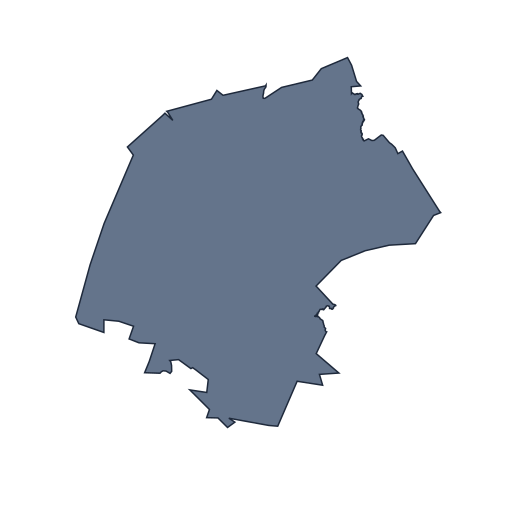 Rodeo, Durango, Mexico (orthographic projection), rotated 256°
{"feature_id": "50627088B73828506839390", "entity_name": "Rodeo", "entity_type": "district", "adm_level": 2, "iso_a3": "MEX", "parent_name": "Mexico", "parent_adm1": "Durango", "projection": "orthographic", "projection_center": [-104.523, 25.192], "detail": "fine", "context": "isolated", "style": "filled", "palette": "slate", "viewbox_px": 512, "rotation_deg": 256, "n_neighbors": 0, "source": "geoboundaries", "source_scale": "gbopen_adm2", "svg_char_len": 5418}
<svg xmlns="http://www.w3.org/2000/svg" viewBox="0 0 512 512"><g transform="rotate(256 256 256)"><path d="M255.3,444.8L302.8,429.0L322.4,423.5L321.0,418.4L327.2,417.3L328.3,416.7L331.7,414.6L333.6,412.9L342.3,408.6L343.1,406.8L339.6,398.7L340.0,396.4L342.5,393.5L341.5,388.7L342.0,388.4L342.5,388.3L342.6,388.0L342.9,387.9L343.2,388.1L343.4,388.3L343.8,387.7L344.0,387.6L344.8,387.8L345.1,387.7L345.6,387.4L346.1,387.4L346.4,387.3L346.6,387.3L347.0,387.4L347.3,387.6L347.6,387.8L347.6,388.1L347.8,388.3L348.0,388.4L348.3,388.4L348.6,388.3L348.8,388.4L348.9,388.5L349.0,388.6L349.3,388.6L349.5,388.5L349.7,388.1L349.8,388.0L350.1,388.1L350.3,387.9L350.2,387.9L350.3,387.7L350.7,387.8L351.1,388.1L351.4,387.9L351.5,387.9L351.9,388.3L352.0,388.4L352.3,388.4L352.5,388.3L352.9,388.0L353.2,388.0L353.4,388.1L353.5,388.2L353.9,388.3L354.2,388.6L354.3,388.6L354.5,388.7L354.8,388.7L355.0,388.6L355.4,388.8L355.6,388.9L356.1,388.9L356.2,389.1L356.3,389.3L356.7,389.5L356.9,389.8L357.0,390.0L357.1,390.3L357.2,390.6L357.6,390.7L357.7,390.8L358.0,390.7L358.2,390.9L358.3,390.9L358.5,391.1L358.8,391.1L359.1,391.1L359.2,391.4L359.3,391.4L359.4,391.6L359.5,391.6L359.8,391.7L359.9,391.8L359.9,392.0L360.0,392.0L360.1,391.8L360.6,392.1L360.6,392.7L360.8,392.7L360.8,392.9L361.0,393.2L361.3,393.2L361.2,393.4L361.3,393.6L361.7,393.9L361.9,394.2L362.0,394.2L362.2,393.9L362.3,394.0L362.5,393.8L362.7,394.0L362.8,393.9L363.0,393.9L363.4,393.7L364.4,393.8L364.6,393.6L364.9,393.8L365.0,393.8L365.1,393.7L365.4,393.8L365.4,393.6L365.5,393.6L365.8,393.5L366.1,393.6L366.3,393.8L366.5,393.8L366.8,393.9L367.5,393.5L367.8,393.5L368.0,393.4L368.3,393.3L368.6,393.4L368.9,393.2L369.1,393.2L369.3,393.1L369.5,393.2L369.8,393.1L369.9,393.3L370.1,393.2L370.3,393.3L370.5,393.3L370.6,393.1L370.8,393.1L371.2,393.1L371.4,393.0L372.2,392.4L372.4,392.4L373.4,391.3L374.1,390.8L374.2,390.7L374.3,390.5L374.9,390.2L375.3,390.3L375.5,390.5L375.9,390.8L376.3,390.9L376.8,391.1L377.2,391.4L377.9,391.8L378.1,392.1L378.4,392.3L379.4,392.3L379.5,392.5L379.8,392.4L380.0,392.3L380.3,392.3L380.7,392.3L381.4,392.8L381.7,393.0L381.8,393.3L382.1,393.6L382.4,393.6L382.8,393.8L383.1,394.4L383.1,394.7L383.3,395.0L383.4,395.3L383.3,395.8L383.5,396.2L383.6,396.3L383.9,396.3L384.1,396.4L384.4,396.6L384.8,396.9L385.0,397.2L385.1,397.6L385.1,398.3L385.5,398.2L385.6,397.9L385.8,397.9L386.0,397.8L386.5,398.0L386.8,397.8L387.2,397.7L387.5,397.6L387.7,397.2L388.0,397.0L388.2,396.8L388.5,396.7L388.6,396.4L388.6,395.4L388.2,394.7L388.3,394.5L388.5,394.2L388.5,393.7L389.0,393.7L389.1,392.7L388.8,392.2L389.0,392.1L389.0,391.7L388.7,391.1L388.9,390.7L389.1,390.7L389.4,390.3L389.5,390.3L390.1,389.8L390.2,389.3L390.4,389.1L390.9,389.0L391.0,388.8L391.3,388.6L391.1,388.5L391.0,388.3L390.7,388.0L397.2,389.4L395.7,398.7L401.1,395.8L418.0,394.9L426.4,392.8L422.0,364.7L413.1,353.2L413.4,321.6L406.8,302.8L407.1,301.8L407.3,301.2L409.2,301.3L411.2,302.2L411.6,302.4L411.8,302.5L412.2,302.8L412.6,302.9L413.1,303.0L413.6,303.2L414.8,303.7L415.5,304.2L416.3,304.9L416.5,305.1L416.9,305.8L417.1,306.0L417.7,306.5L418.1,306.7L418.7,306.9L419.2,307.0L419.5,307.1L418.8,306.3L419.9,262.9L426.1,258.1L418.9,250.7L418.0,204.4L416.7,205.2L407.7,208.1L416.6,202.2L414.9,199.3L392.9,157.6L383.6,161.4L324.3,116.5L287.6,92.9L240.4,66.3L233.2,67.7L218.6,89.9L230.9,93.0L225.9,107.1L219.8,116.6L217.5,120.2L206.2,112.8L200.1,121.4L195.3,136.9L179.5,126.9L169.7,119.7L165.5,134.5L166.6,136.2L167.1,138.1L166.1,140.9L162.9,144.2L164.5,146.3L170.3,147.6L174.0,147.7L175.5,147.0L174.2,155.8L162.5,165.6L163.0,167.5L160.1,170.0L147.7,179.8L135.5,175.2L142.1,159.4L118.3,173.7L111.1,169.0L108.1,179.9L96.5,186.9L99.9,195.3L105.2,190.4L88.5,227.4L85.6,235.9L111.8,255.9L124.5,265.6L114.5,289.4L125.8,288.9L122.4,308.1L146.7,290.8L162.2,303.4L165.3,306.2L165.5,305.8L166.0,305.5L167.1,305.1L167.7,305.3L168.4,305.8L168.9,306.0L169.1,305.8L169.4,305.6L169.9,305.4L170.5,305.0L171.0,305.1L172.2,305.3L173.2,305.0L173.7,305.1L174.1,305.1L174.5,305.2L175.4,305.0L175.9,305.0L176.5,305.3L177.4,305.0L178.7,303.8L178.8,303.6L179.1,303.5L179.5,303.2L179.7,302.9L180.4,302.9L181.1,302.6L181.6,302.1L182.0,301.8L182.2,301.7L182.1,301.2L182.5,300.8L182.7,300.5L182.8,299.9L182.7,299.5L183.1,298.7L183.3,298.4L183.5,298.4L183.6,298.5L183.6,299.2L183.7,299.8L183.7,300.1L183.9,300.6L184.0,300.6L184.1,300.2L184.3,300.2L184.3,300.5L184.6,301.0L184.6,301.3L184.4,301.4L183.8,301.5L184.0,301.7L185.0,301.6L185.3,301.5L185.6,301.5L185.7,302.1L185.6,302.5L185.6,302.8L186.3,302.9L186.5,302.9L186.7,303.5L186.9,303.5L187.2,304.0L187.8,304.4L188.5,305.0L188.7,305.3L188.5,306.1L188.5,306.5L188.1,307.1L188.5,307.5L188.5,308.1L188.3,308.2L188.0,308.4L187.5,308.5L187.5,308.8L187.7,309.1L188.2,309.6L188.9,310.7L189.9,312.0L190.2,312.0L190.3,312.6L190.5,313.1L190.5,313.4L190.4,313.7L190.1,314.0L189.8,314.2L189.6,314.8L189.3,314.8L189.0,314.9L188.8,314.9L188.6,314.9L188.3,314.9L187.8,314.8L187.6,314.8L187.3,314.7L187.2,314.9L187.2,315.2L187.0,315.5L186.9,315.7L186.9,316.0L186.8,316.4L186.4,316.4L186.1,316.6L185.9,316.9L185.9,317.3L186.1,317.7L186.3,318.0L186.6,318.2L186.8,318.5L187.0,318.4L188.1,319.5L188.2,319.9L188.4,320.2L188.4,320.3L188.6,320.8L188.5,321.3L188.8,321.5L189.2,321.3L189.5,320.9L190.0,320.4L190.1,319.9L190.6,319.2L190.7,318.9L212.3,307.0L231.1,337.6L234.7,363.2L234.3,387.8L229.4,413.7L252.4,438.1L253.4,445.7L255.3,444.8Z" fill="#64748b" stroke="#1e293b" stroke-width="1.5"/></g></svg>